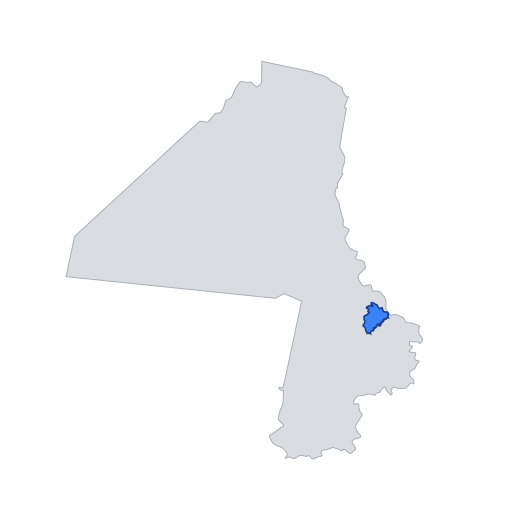 location of Koutiala, Sikasso, Mali, rotated 282°
{"feature_id": "8926073B20399394700191", "entity_name": "Koutiala", "entity_type": "district", "adm_level": 2, "iso_a3": "MLI", "parent_name": "Mali", "parent_adm1": "Sikasso", "projection": "mercator", "projection_center": [-5.625, 12.308], "detail": "fine", "context": "in_parent", "style": "filled", "palette": "blue", "viewbox_px": 512, "rotation_deg": 282, "n_neighbors": 0, "source": "geoboundaries", "source_scale": "gbopen_adm2", "svg_char_len": 7457}
<svg xmlns="http://www.w3.org/2000/svg" viewBox="0 0 512 512"><g transform="rotate(282 256 256)"><path d="M85.0,383.9L85.1,382.2L83.6,380.9L83.5,380.3L84.4,375.1L84.3,373.8L84.9,371.1L83.9,370.0L83.7,369.1L81.3,365.7L80.5,362.8L79.3,360.9L76.4,360.4L75.3,362.0L74.7,362.2L73.6,361.1L73.2,360.1L73.2,359.2L69.5,354.7L69.8,352.2L71.1,351.0L71.7,348.9L70.3,346.5L70.5,344.2L70.3,340.9L68.2,338.1L66.7,336.9L65.5,334.9L66.4,330.4L64.3,326.5L68.3,328.0L70.3,326.6L72.1,324.6L73.7,322.0L74.4,318.8L74.8,316.0L76.3,311.7L78.3,309.6L82.3,306.6L83.4,306.8L90.1,313.3L93.8,316.5L95.2,318.3L96.4,318.3L98.3,315.1L100.2,312.4L101.0,311.7L107.7,311.4L111.1,311.9L114.2,312.7L118.6,312.9L130.1,310.9L130.2,309.6L130.0,308.1L130.5,306.9L131.5,305.8L132.3,305.6L132.6,309.2L133.6,309.8L136.3,310.0L221.4,310.0L225.0,291.0L218.7,284.0L196.3,74.5L237.4,74.5L244.5,79.4L376.0,172.8L376.6,175.8L376.5,179.9L377.5,181.1L379.4,182.5L386.8,186.4L387.4,187.1L387.7,188.8L388.5,190.8L390.1,191.9L392.0,192.8L394.2,193.4L400.9,194.0L402.4,194.9L405.3,198.5L406.9,199.3L416.0,201.2L418.9,202.2L422.1,203.8L423.8,205.3L423.8,211.0L425.0,214.7L425.0,215.6L423.5,217.1L423.2,218.2L421.5,221.1L421.8,222.2L425.0,224.4L426.6,225.0L428.4,225.0L447.6,221.2L447.7,273.7L447.0,274.5L446.5,283.7L445.1,289.2L442.6,293.1L441.1,299.1L440.1,300.3L439.4,303.7L438.0,305.7L435.5,306.5L431.2,310.3L430.8,313.3L420.5,311.6L419.8,311.7L419.3,312.1L419.1,313.7L392.6,314.6L379.6,315.4L371.4,322.3L366.1,323.0L359.5,322.4L356.1,322.4L354.7,322.8L354.5,324.0L343.9,320.5L340.0,321.6L339.4,321.2L338.9,320.5L337.0,320.0L333.9,320.2L331.8,320.8L325.0,326.2L321.4,327.6L314.7,330.9L310.1,333.7L308.4,334.2L305.8,334.4L303.6,334.9L301.6,341.2L300.3,341.9L292.4,339.3L290.7,339.7L289.3,340.4L284.9,344.1L282.7,347.1L281.5,351.0L281.7,353.5L280.9,354.3L278.9,354.5L275.1,353.7L274.0,354.1L273.5,356.0L273.6,360.2L272.7,363.1L270.5,364.0L268.8,365.1L267.5,365.4L266.4,365.1L259.9,360.9L257.8,360.2L255.3,360.6L253.0,362.5L248.9,366.9L249.3,368.5L250.5,370.4L251.3,372.6L251.3,374.7L245.4,377.6L246.7,379.7L246.6,385.5L243.9,388.2L242.9,389.9L240.3,391.7L238.0,392.8L230.9,394.3L228.0,396.2L226.6,397.6L226.3,399.2L226.6,401.1L228.0,404.9L227.5,408.3L226.4,412.4L225.2,414.2L221.9,416.2L222.4,418.9L222.7,422.6L222.2,427.5L221.2,430.8L220.4,430.5L217.2,430.6L213.7,431.7L212.5,432.5L212.2,433.6L209.3,436.3L207.4,436.1L205.5,435.4L204.6,434.7L204.5,434.3L205.6,432.1L205.7,431.4L204.5,427.7L204.7,426.8L204.3,423.9L204.0,423.8L200.2,425.0L200.0,425.5L200.6,427.4L200.3,427.7L198.9,427.6L197.0,427.0L194.9,425.4L194.4,425.9L194.2,427.2L194.0,428.8L194.6,431.6L194.0,432.6L190.7,432.4L188.0,432.8L187.4,433.8L187.1,434.9L187.7,436.2L187.6,436.7L186.5,437.5L186.0,437.4L184.4,436.1L178.4,434.7L177.9,432.8L177.2,432.8L175.3,430.5L174.5,430.6L173.8,430.9L171.5,430.8L169.5,432.8L168.0,435.3L166.3,436.5L163.9,437.0L164.2,435.4L163.5,433.3L158.3,430.5L157.5,429.4L156.1,423.2L156.2,421.3L156.5,419.7L156.4,418.4L155.8,417.5L154.3,416.5L152.6,416.1L150.6,417.3L149.6,417.6L148.7,417.5L148.2,417.0L148.2,416.4L150.5,413.1L151.6,411.7L153.8,410.0L154.4,409.2L154.4,408.6L154.2,408.1L152.7,407.5L150.4,405.9L149.2,405.8L148.2,405.1L147.1,402.6L146.6,402.1L145.6,401.9L144.6,401.3L144.7,395.4L142.4,391.0L140.5,385.3L139.4,384.0L137.6,382.9L135.4,382.1L133.5,381.9L131.3,382.5L131.3,383.0L132.5,384.9L132.7,385.9L132.5,386.8L132.1,387.5L129.1,388.1L125.2,390.1L123.8,392.5L122.9,392.8L121.4,392.5L110.8,388.5L106.4,390.3L103.5,393.8L102.8,394.9L101.5,395.9L100.7,396.0L100.0,395.3L96.9,389.9L95.5,388.7L93.9,388.6L92.5,389.5L91.0,391.3L89.1,393.0L87.9,393.5L86.9,393.2L82.6,389.6L82.3,388.8L84.3,384.6L85.0,383.9Z" fill="#d9dde1" stroke="#a8b0b8" stroke-width="1"/><path d="M210.9,388.0L211.0,388.0L211.2,387.9L211.3,387.9L211.4,388.0L211.5,388.2L211.7,387.9L211.8,387.9L212.0,388.1L212.2,387.9L212.4,388.0L212.5,388.1L212.4,388.4L212.4,388.7L212.7,388.6L212.8,388.6L213.0,388.7L213.2,388.8L213.3,388.8L213.6,388.9L213.9,388.8L214.0,388.9L214.1,389.0L214.2,388.9L214.3,389.0L214.6,389.2L214.8,389.4L214.7,389.6L214.8,389.6L215.0,389.6L215.0,390.0L214.9,389.9L214.4,389.9L214.4,390.1L214.3,390.4L214.1,390.4L214.0,390.5L214.3,390.8L214.1,390.8L213.9,390.8L213.8,390.6L213.7,390.6L213.3,390.8L213.1,391.0L213.2,391.3L213.2,391.5L213.4,391.6L213.6,391.9L213.7,392.0L213.9,392.4L214.5,392.3L214.8,392.4L215.0,392.3L215.2,392.2L215.3,392.2L215.5,392.1L215.9,392.3L216.3,392.3L216.5,392.2L216.8,391.9L216.9,392.0L216.9,392.4L217.0,392.7L217.0,392.8L217.1,393.2L217.5,393.0L217.8,393.0L218.0,393.4L218.1,393.5L218.1,393.8L218.4,393.8L218.4,393.6L218.5,393.3L218.9,393.7L218.9,393.9L218.8,394.0L218.7,394.1L218.9,394.2L219.0,394.1L219.4,394.2L219.5,394.1L219.4,393.9L219.5,393.8L219.6,393.7L220.0,394.0L220.0,394.3L220.3,394.2L220.4,394.3L220.5,394.3L220.6,394.6L221.1,394.7L221.1,394.9L221.0,395.0L220.9,395.2L221.1,395.3L221.3,395.2L221.4,395.3L221.6,395.5L221.6,395.8L221.3,396.0L221.3,396.3L221.6,396.5L221.6,396.4L221.8,396.4L222.0,396.4L222.1,396.6L222.0,396.8L222.3,397.0L222.7,397.1L222.8,397.1L223.0,397.5L222.8,397.6L223.0,397.8L223.0,398.0L223.1,398.3L223.2,398.1L223.3,397.9L223.8,397.7L224.0,397.7L224.3,397.5L224.4,397.4L224.5,397.4L224.4,397.5L224.5,397.6L224.8,397.7L225.0,397.8L225.3,397.9L225.5,397.8L225.5,397.7L225.8,397.4L225.9,397.5L226.1,397.5L226.3,397.6L226.4,397.4L226.5,397.2L226.8,397.2L226.8,397.3L226.9,397.5L227.0,397.5L227.3,397.6L227.5,397.5L227.6,397.4L227.7,397.2L227.7,396.9L227.8,396.8L228.0,396.8L228.1,396.7L228.3,396.6L228.4,396.4L228.5,396.3L228.4,396.1L228.1,392.7L228.7,391.7L229.4,391.5L231.0,390.5L231.6,390.1L231.3,389.5L231.0,389.0L230.8,388.3L230.1,388.1L230.3,387.6L230.7,387.0L230.8,386.5L231.9,385.7L232.9,385.0L233.5,384.3L233.4,383.6L234.5,380.7L234.6,379.5L234.4,378.5L232.7,378.5L232.4,378.6L232.2,378.7L232.2,378.9L232.3,379.7L232.1,380.3L231.6,380.5L231.3,380.6L231.1,380.4L230.9,379.9L230.9,379.3L230.8,378.7L230.6,378.0L230.7,377.8L230.8,377.6L230.7,377.3L230.7,377.0L230.6,376.6L230.4,376.4L230.2,376.1L230.0,375.7L229.8,375.6L229.5,375.6L229.4,375.5L229.4,375.2L228.9,375.0L228.8,374.9L228.6,374.8L228.4,374.7L228.1,374.9L228.1,375.0L227.9,375.3L227.8,375.6L227.6,375.7L227.5,375.9L227.5,376.3L227.6,376.6L227.6,376.8L227.5,377.1L227.4,377.3L227.2,377.4L224.9,377.0L224.5,378.6L224.4,378.6L224.4,378.3L223.5,378.2L223.1,377.6L222.5,377.5L221.9,377.5L221.5,376.9L221.3,376.0L220.9,375.6L220.2,375.1L219.7,374.3L219.1,374.2L217.3,374.7L216.2,375.0L215.2,375.8L214.0,376.3L212.6,376.2L211.8,375.8L211.6,375.4L210.8,375.2L209.7,375.4L208.9,377.2L208.6,377.6L205.2,379.2L204.1,380.5L204.1,380.8L204.3,380.9L204.4,381.1L204.3,381.4L204.3,381.6L204.2,381.8L203.9,381.7L203.7,381.6L203.9,382.0L203.8,382.3L204.0,382.4L204.3,382.9L204.6,383.2L204.6,383.4L204.6,383.5L204.4,383.6L204.1,383.6L203.9,383.7L204.0,384.0L203.9,384.2L204.1,384.1L204.4,384.0L204.6,383.9L204.8,384.0L205.0,383.9L205.4,384.0L205.7,384.1L206.1,384.1L206.4,384.3L206.6,384.4L206.6,384.7L206.7,384.8L206.8,385.1L207.1,385.4L207.1,385.6L207.1,385.9L207.1,386.0L207.3,386.2L207.5,386.2L207.9,386.3L208.1,386.4L208.1,386.6L208.3,386.7L208.5,386.6L208.6,386.4L208.7,386.5L208.9,386.6L209.0,386.6L209.1,386.4L209.1,386.1L209.2,385.9L209.4,385.9L209.7,385.7L209.9,385.8L210.0,385.9L210.0,386.0L210.3,386.0L210.3,386.3L210.4,386.6L210.5,386.9L210.3,386.8L210.2,386.9L210.2,387.0L210.4,387.1L210.4,387.3L210.2,387.5L210.3,387.6L210.6,388.0L210.9,388.0Z" fill="#3b82f6" stroke="#1e3a8a" stroke-width="1.5"/></g></svg>